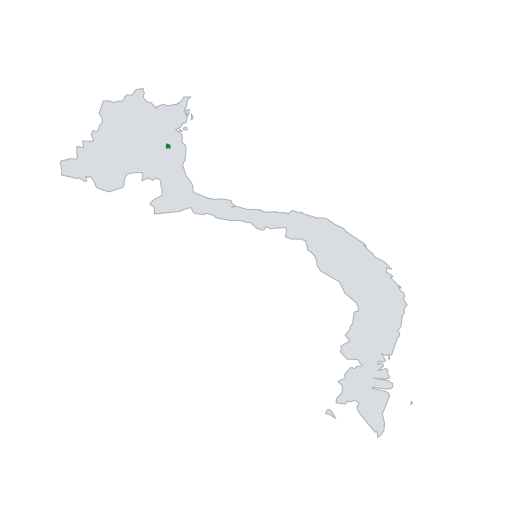 location of Kim Dong, Hưng Yên, Vietnam, rotated 319°
{"feature_id": "81297802B31840185218616", "entity_name": "Kim Dong", "entity_type": "district", "adm_level": 2, "iso_a3": "VNM", "parent_name": "Vietnam", "parent_adm1": "Hưng Yên", "projection": "robinson", "projection_center": [106.041, 20.745], "detail": "fine", "context": "in_parent", "style": "filled", "palette": "green", "viewbox_px": 512, "rotation_deg": 319, "n_neighbors": 0, "source": "geoboundaries", "source_scale": "gbopen_adm2", "svg_char_len": 4725}
<svg xmlns="http://www.w3.org/2000/svg" viewBox="0 0 512 512"><g transform="rotate(319 256 256)"><path d="M311.0,92.9L306.8,93.2L302.4,97.0L296.7,99.5L295.3,106.2L290.5,109.4L288.2,107.9L283.4,109.3L278.2,107.9L280.0,115.7L274.8,121.8L275.4,125.7L274.0,128.8L265.0,137.5L262.4,137.7L260.4,139.1L256.0,149.4L255.4,158.0L253.5,162.9L251.5,165.0L251.1,167.7L257.9,181.3L262.5,186.8L266.9,189.6L273.5,197.7L272.5,199.8L273.0,204.4L269.9,203.0L270.3,203.6L274.0,206.0L279.6,214.7L289.5,223.9L291.0,228.5L300.5,236.0L300.3,237.0L307.1,243.1L307.8,245.5L312.9,245.2L317.5,252.3L319.0,252.3L319.5,255.3L327.0,267.2L333.3,273.2L336.4,284.3L340.1,292.7L340.2,297.5L345.8,318.0L345.5,320.7L344.4,318.1L344.6,325.8L345.5,329.9L345.1,335.0L349.0,344.5L349.6,355.0L346.8,350.5L343.8,353.6L346.0,361.1L343.5,360.4L343.8,370.5L344.9,373.9L344.6,375.3L343.3,372.6L342.3,377.4L343.3,380.7L341.6,384.3L339.2,384.6L337.9,392.1L333.6,392.7L330.5,396.2L326.7,397.4L319.5,404.0L314.9,405.1L312.5,410.3L308.5,410.8L293.4,419.7L291.6,417.6L288.9,416.8L286.8,412.0L285.3,419.7L284.1,420.2L281.8,418.7L279.6,415.7L276.4,417.8L279.9,418.4L280.9,420.4L280.3,422.7L272.8,422.7L279.6,425.8L281.1,428.0L277.8,431.7L277.8,434.4L276.2,435.6L272.4,433.2L264.3,424.9L273.9,436.7L275.6,442.0L273.3,444.4L270.5,444.5L266.0,441.0L258.8,432.6L256.4,431.4L264.9,443.4L266.1,446.1L265.1,449.2L247.8,458.1L243.2,466.7L237.8,471.8L232.1,473.1L228.9,472.7L232.2,468.3L230.2,466.7L230.9,443.0L232.4,436.8L237.3,434.4L237.3,433.1L235.6,429.5L231.6,428.1L229.8,425.5L226.2,426.4L220.1,419.3L223.6,416.3L231.0,415.7L236.1,410.8L235.5,405.4L236.1,404.6L243.1,406.6L245.4,403.5L254.4,402.3L257.0,406.0L259.2,405.4L263.3,408.0L265.0,408.1L264.2,404.3L264.9,400.9L257.0,393.4L256.9,383.3L258.9,382.8L260.9,379.7L271.1,381.8L271.4,374.1L278.8,373.2L280.5,371.1L284.8,370.3L292.0,363.7L295.1,363.2L296.7,364.9L299.6,361.9L300.9,356.7L298.8,342.3L302.1,330.3L295.0,310.1L295.9,302.9L298.0,300.5L300.3,294.7L300.0,288.1L298.9,285.0L300.8,282.7L303.3,276.9L301.0,272.8L293.6,266.2L290.7,260.8L296.5,256.4L296.6,253.7L284.7,244.6L282.6,239.8L279.8,241.6L277.6,240.5L274.8,235.8L273.7,226.9L271.7,225.5L267.7,219.2L260.9,213.3L252.9,203.8L251.2,201.0L250.2,196.6L246.9,191.6L243.7,190.5L238.1,184.2L237.4,181.5L238.9,177.0L235.0,174.7L228.0,172.5L206.9,157.7L211.3,152.5L210.0,147.7L210.5,146.8L216.3,146.5L224.7,148.5L228.7,144.5L230.5,140.1L233.4,136.8L233.4,134.8L231.4,131.3L227.6,131.2L225.6,126.3L219.2,124.3L223.4,121.0L224.7,118.3L218.7,113.1L212.4,109.5L206.8,111.9L202.5,116.2L200.5,116.8L187.0,111.1L180.6,100.0L183.1,91.1L183.2,87.8L180.5,86.3L179.8,84.1L177.8,87.9L175.9,88.0L173.9,81.3L171.5,79.7L162.4,67.3L165.2,64.7L169.5,57.6L171.2,56.4L180.3,61.2L184.1,65.3L188.0,62.5L188.1,61.0L192.9,55.8L197.1,61.2L200.4,55.4L208.5,62.6L209.7,61.2L211.4,56.3L213.6,54.9L215.4,54.6L217.6,57.5L219.4,57.7L223.4,54.8L227.5,54.3L230.2,51.6L231.0,46.1L232.0,45.0L242.4,38.9L246.6,42.1L249.3,46.9L252.9,48.2L256.8,51.3L259.8,50.9L260.8,49.8L264.5,49.9L267.9,53.2L274.5,51.7L280.6,55.5L278.6,59.7L275.6,61.6L274.8,63.7L274.8,68.4L277.4,71.3L277.7,79.1L279.3,78.4L285.5,80.7L287.8,84.5L290.8,86.8L293.1,87.0L295.2,90.0L297.3,89.0L298.2,90.3L302.5,89.8L305.5,88.6L311.0,92.9ZM210.7,419.9L211.0,424.8L209.5,430.6L207.8,424.3L205.2,420.5L208.7,418.9L210.7,419.9ZM301.6,101.5L297.9,105.2L296.5,105.1L298.4,100.0L301.6,101.5ZM287.1,115.3L286.0,115.4L284.0,113.0L285.1,111.8L287.4,112.7L287.9,113.8L287.1,115.3ZM299.5,110.0L298.1,110.8L296.4,110.7L300.3,106.9L299.5,110.0ZM281.0,110.0L282.5,113.9L280.4,111.9L281.0,110.0ZM291.7,418.3L288.8,421.5L288.6,420.0L291.7,418.3ZM277.7,469.7L275.5,469.7L277.8,467.7L277.7,469.7Z" fill="#d9dde1" stroke="#a8b0b8" stroke-width="1"/><path d="M261.8,113.5L261.7,113.5L261.4,113.8L261.2,113.9L261.1,114.0L261.0,114.3L261.2,114.5L261.2,114.8L261.0,115.0L260.9,115.0L260.7,115.0L260.4,115.0L260.4,114.9L260.2,114.9L260.2,115.0L260.0,114.9L260.0,115.0L259.9,115.1L259.9,115.3L260.0,115.3L260.0,115.5L259.9,115.8L259.9,116.0L260.0,116.3L260.1,116.6L260.3,116.7L260.5,116.6L260.8,116.6L261.0,116.6L261.3,116.7L261.4,116.8L261.5,116.9L261.5,117.0L261.7,117.3L261.7,117.2L261.8,117.4L261.9,117.2L262.0,117.1L262.2,116.9L262.2,116.7L262.1,116.4L262.0,116.2L262.2,116.3L262.3,116.4L262.3,116.5L262.3,116.4L262.4,116.5L262.5,116.7L262.5,116.8L262.4,116.8L262.5,116.8L262.8,116.8L262.9,116.7L262.7,116.6L262.7,116.4L262.8,116.3L262.8,116.2L262.9,115.9L263.0,115.9L263.0,116.0L263.1,115.9L263.3,115.9L263.3,115.7L263.3,115.4L263.2,115.3L263.2,115.1L263.1,114.9L262.9,114.7L262.7,114.7L262.5,114.4L262.4,114.3L262.4,114.2L262.5,113.9L262.4,113.9L262.2,113.7L262.1,113.4L261.9,113.3L261.8,113.5L261.8,113.5Z" fill="#22c55e" stroke="#15803d" stroke-width="1.5"/></g></svg>